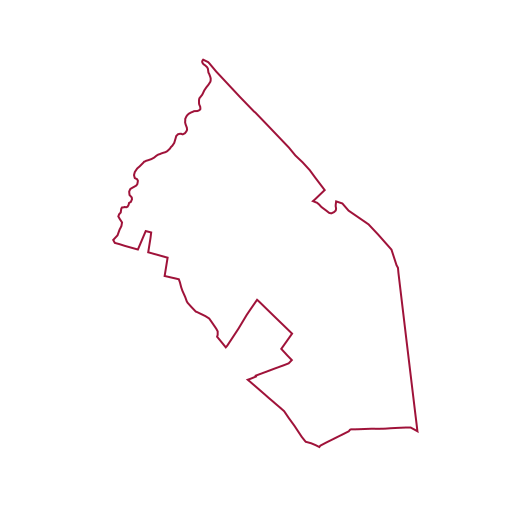 the district of Zarand, Arad, Romania, rotated 259°
{"feature_id": "2599482B71150188153613", "entity_name": "Zarand", "entity_type": "district", "adm_level": 2, "iso_a3": "ROU", "parent_name": "Romania", "parent_adm1": "Arad", "projection": "robinson", "projection_center": [21.561, 46.439], "detail": "fine", "context": "isolated", "style": "outline", "palette": "rose", "viewbox_px": 512, "rotation_deg": 259, "n_neighbors": 0, "source": "geoboundaries", "source_scale": "gbopen_adm2", "svg_char_len": 3207}
<svg xmlns="http://www.w3.org/2000/svg" viewBox="0 0 512 512"><g transform="rotate(259 256 256)"><path d="M458.8,241.6L458.4,241.1L457.8,240.6L456.9,240.2L456.0,240.3L455.1,240.6L454.1,241.2L452.8,242.5L450.7,244.0L449.1,244.5L446.8,244.4L445.1,244.3L443.6,244.8L440.5,245.3L438.9,245.4L436.7,244.9L435.7,244.4L433.2,242.0L431.0,239.4L428.4,236.8L425.9,235.0L424.5,233.9L423.4,232.6L421.6,230.5L419.9,229.8L418.3,229.5L416.7,229.2L415.4,229.2L413.3,229.7L411.9,229.6L410.8,229.4L410.2,228.7L409.7,227.4L409.5,226.0L410.0,222.9L409.6,221.4L409.3,219.7L408.5,217.2L407.5,215.6L406.3,214.3L404.1,212.7L402.5,212.4L400.7,211.9L398.7,212.0L395.1,212.6L393.0,212.4L391.6,211.4L390.1,209.7L389.7,208.4L389.4,207.3L389.9,206.3L390.3,205.8L390.5,204.2L390.4,202.6L389.8,201.8L389.0,200.6L386.8,199.5L382.6,197.3L382.1,196.8L380.2,194.9L379.1,193.2L377.9,192.1L377.0,190.7L375.8,188.8L375.2,186.9L375.0,184.5L374.7,182.4L374.4,181.3L374.2,179.4L373.5,177.5L372.0,174.7L371.4,172.8L371.1,171.8L370.6,168.4L370.4,166.2L370.0,165.1L369.9,164.1L369.3,163.5L367.0,160.1L366.0,158.6L365.3,157.3L364.5,156.0L361.6,153.1L359.8,152.2L358.7,151.7L356.6,151.8L355.6,151.9L355.0,152.7L354.1,153.9L352.5,154.4L351.4,154.1L349.2,153.2L348.0,151.9L347.2,149.6L346.7,148.0L345.8,145.5L344.8,144.7L343.4,143.8L341.6,143.6L340.0,143.5L338.4,144.5L337.2,145.2L335.4,145.1L333.0,143.5L332.3,141.5L330.5,140.7L328.9,139.3L328.6,137.9L328.9,137.1L329.2,136.3L329.1,136.0L329.0,135.8L329.2,133.7L328.3,132.9L327.1,132.4L324.5,131.5L323.1,129.6L322.1,129.0L321.1,128.4L318.4,129.3L314.5,130.9L311.1,129.6L309.0,128.0L308.2,127.3L302.7,124.0L299.0,118.9L295.8,119.9L293.7,124.2L290.9,129.3L287.5,136.1L285.1,140.9L284.9,141.3L301.5,152.5L299.1,157.6L293.9,155.9L280.2,150.9L271.2,168.9L253.8,162.5L247.9,175.8L244.6,176.3L239.6,176.6L236.0,177.1L229.1,178.7L224.6,179.4L223.0,180.0L218.5,182.7L212.9,186.3L212.3,187.3L206.7,194.8L203.6,198.1L199.6,199.9L195.9,201.5L192.2,203.1L189.3,204.0L185.8,203.3L184.2,202.4L172.1,208.9L173.4,210.6L188.0,224.9L200.0,235.7L204.7,240.4L212.8,248.7L212.3,249.1L210.0,250.8L192.4,263.0L172.9,276.6L160.0,263.1L157.7,264.5L152.2,267.9L147.0,271.3L144.4,267.6L143.7,263.8L141.9,252.6L139.4,237.7L138.6,232.9L137.7,233.0L136.6,227.6L136.1,224.3L121.5,235.8L114.4,241.3L100.4,252.4L98.3,254.0L90.8,257.2L81.8,261.4L69.7,266.4L65.3,268.7L64.1,269.4L63.4,270.9L61.6,274.5L58.9,278.5L56.4,281.7L57.0,282.3L57.6,283.1L59.5,289.4L66.2,313.6L67.5,315.1L67.7,316.2L67.0,319.9L66.4,323.5L64.5,335.8L62.8,344.4L61.9,349.6L61.2,355.6L60.2,362.6L59.1,369.9L58.1,375.1L55.3,378.5L53.2,381.0L53.4,381.0L56.9,381.3L60.9,381.6L69.6,382.2L145.6,387.7L212.4,392.6L217.3,393.1L220.1,392.2L236.4,390.2L253.9,379.9L264.8,373.0L265.5,372.6L282.9,355.5L291.1,350.8L294.3,345.1L291.0,344.0L289.6,343.7L288.2,343.7L287.0,343.6L285.4,342.9L284.2,341.0L283.7,339.0L283.5,338.1L284.0,336.8L284.4,336.0L287.3,333.5L290.9,330.2L292.0,329.3L294.5,327.8L296.6,326.1L297.6,324.5L299.0,322.4L300.2,324.5L307.6,336.0L314.7,332.5L321.8,329.0L330.1,325.1L339.1,319.6L347.2,313.8L356.1,309.0L381.2,292.9L397.0,282.7L398.1,281.7L415.0,270.7L444.7,252.1L453.6,247.2L455.4,246.1L458.8,241.6Z" fill="none" stroke="#9f1239" stroke-width="2"/></g></svg>